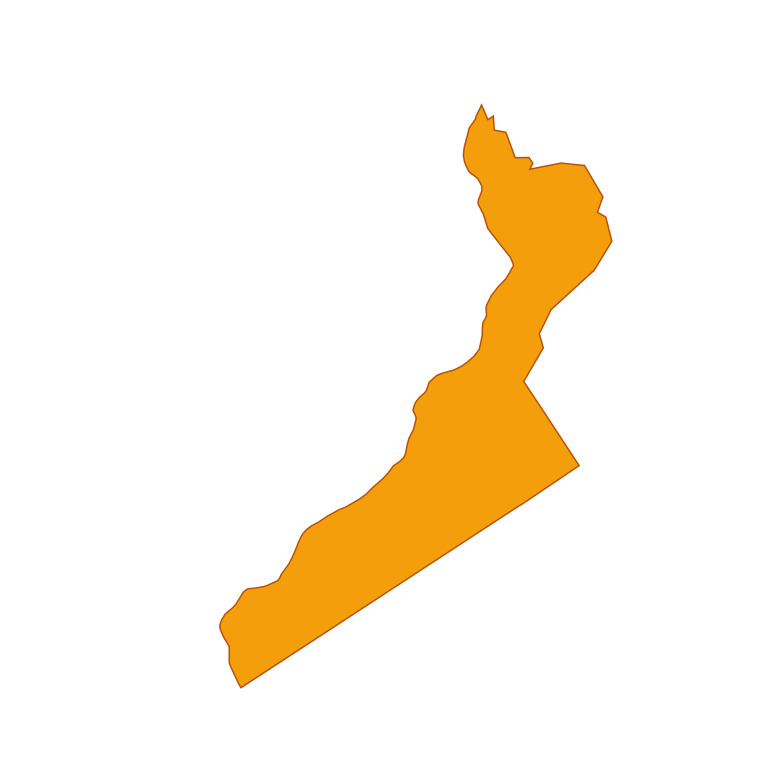 outline of Rock Island, Illinois, United States of America, rotated 326°
{"feature_id": "52423323B44322434678025", "entity_name": "Rock Island", "entity_type": "district", "adm_level": 2, "iso_a3": "USA", "parent_name": "United States of America", "parent_adm1": "Illinois", "projection": "robinson", "projection_center": [-90.569, 41.555], "detail": "fine", "context": "isolated", "style": "filled", "palette": "amber", "viewbox_px": 768, "rotation_deg": 326, "n_neighbors": 0, "source": "geoboundaries", "source_scale": "gbopen_adm2", "svg_char_len": 1739}
<svg xmlns="http://www.w3.org/2000/svg" viewBox="0 0 768 768"><g transform="rotate(326 384 384)"><path d="M657.0,361.0L670.1,351.2L672.4,315.0L654.4,299.9L624.9,287.4L630.8,284.4L630.8,277.3L619.3,269.7L625.8,243.5L617.4,235.2L624.4,223.0L617.9,223.0L620.9,207.2L616.9,209.7L610.6,213.2L607.7,215.6L598.0,219.3L582.7,232.8L577.7,238.8L574.9,245.0L574.1,249.1L573.3,254.0L573.5,257.3L576.1,264.2L576.4,265.7L576.4,269.7L576.0,273.0L575.2,275.6L573.6,278.0L571.9,279.5L565.4,284.0L564.0,285.4L562.7,287.4L561.3,299.0L557.1,312.7L557.2,317.4L559.6,350.1L558.3,356.3L557.3,358.5L544.0,364.9L533.2,367.2L522.7,370.6L517.7,373.4L513.2,376.0L511.3,377.8L507.3,384.6L505.4,385.8L504.1,386.7L500.6,388.2L497.0,392.4L492.7,398.6L482.5,408.4L474.3,411.3L464.4,412.5L458.2,412.6L457.7,412.6L449.8,411.5L437.2,407.3L432.2,406.4L429.3,406.8L422.5,407.8L415.5,413.0L413.0,414.0L406.1,414.9L400.4,416.7L397.8,418.1L393.4,421.9L392.1,428.9L391.0,431.1L383.0,438.2L374.2,443.1L369.3,447.3L362.9,453.7L359.4,456.0L352.8,457.1L346.3,457.0L337.2,460.2L330.7,461.7L316.5,463.6L307.6,465.3L299.7,465.7L286.0,464.8L282.3,464.4L276.8,463.1L263.5,461.9L252.4,461.9L244.4,461.0L238.6,461.4L234.1,462.4L231.6,463.3L225.5,466.8L217.5,472.3L210.6,476.7L204.4,480.0L192.5,484.3L189.3,486.4L185.7,487.6L173.2,485.4L171.0,484.7L162.5,480.9L157.1,477.8L154.2,477.5L151.0,477.9L137.7,483.9L133.8,484.8L123.8,485.9L117.8,488.6L116.1,489.8L113.5,491.8L112.3,493.2L111.1,495.7L109.5,504.1L109.0,513.8L108.6,515.6L100.1,528.1L99.1,531.1L95.9,551.0L95.6,555.6L95.6,555.8L426.5,560.5L432.4,560.8L500.1,560.8L501.0,493.2L501.2,460.1L536.3,443.1L540.8,429.2L564.0,415.8L622.0,407.2L652.7,393.1L661.2,369.6L657.0,361.0Z" fill="#f59e0b" stroke="#b45309" stroke-width="1.5"/></g></svg>